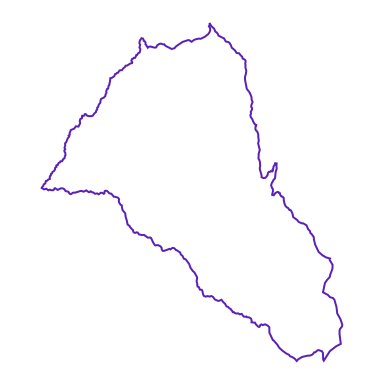 outline of Bolivar, Carchi, Ecuador
{"feature_id": "8360857B4480682421183", "entity_name": "Bolivar", "entity_type": "district", "adm_level": 2, "iso_a3": "ECU", "parent_name": "Ecuador", "parent_adm1": "Carchi", "projection": "equal_earth", "projection_center": [-77.936, 0.473], "detail": "fine", "context": "isolated", "style": "outline", "palette": "violet", "viewbox_px": 384, "rotation_deg": 0, "n_neighbors": 0, "source": "geoboundaries", "source_scale": "gbopen_adm2", "svg_char_len": 5899}
<svg xmlns="http://www.w3.org/2000/svg" viewBox="0 0 384 384"><path d="M330.0,258.5L326.3,257.5L322.6,255.4L318.7,252.0L315.2,244.7L314.0,239.9L313.7,237.0L311.8,234.3L310.4,233.0L309.9,231.0L308.2,229.3L306.6,225.4L303.2,223.3L301.7,223.3L298.6,221.9L297.4,220.2L293.2,217.1L292.5,213.6L291.0,210.5L290.2,209.9L289.5,210.0L288.0,207.9L287.0,207.5L285.5,206.0L284.5,203.6L283.8,200.5L283.7,197.9L282.5,196.6L281.4,196.5L280.2,194.8L279.9,193.2L279.0,193.0L278.5,192.1L277.4,192.0L275.6,192.8L273.7,195.3L272.1,194.8L273.0,191.1L272.7,188.6L272.0,187.9L271.1,185.3L271.9,182.8L272.9,181.4L273.2,180.4L275.0,178.4L275.7,171.7L276.7,168.7L276.5,166.2L276.6,163.4L275.2,163.2L274.5,165.2L273.5,166.6L273.2,168.7L272.5,169.6L273.0,170.2L272.9,170.7L272.1,171.5L270.8,171.1L269.8,171.9L268.9,171.9L268.0,172.9L267.6,175.0L266.0,177.3L265.1,177.9L263.3,178.0L261.6,177.2L261.5,175.0L259.9,169.6L259.8,167.5L260.2,166.0L259.9,161.9L259.2,159.7L258.5,158.7L258.7,153.6L259.8,150.0L258.1,143.3L258.8,140.8L258.2,136.3L258.3,134.5L257.3,131.7L255.8,130.1L255.4,129.2L255.5,126.7L256.1,126.1L256.2,125.1L255.6,125.2L255.3,124.4L254.6,124.0L253.0,121.2L252.4,119.3L250.6,116.8L250.4,114.9L251.0,113.8L250.8,111.8L252.1,109.2L252.0,108.0L251.3,107.2L251.2,105.9L251.6,104.3L252.5,102.4L252.5,101.6L251.7,99.9L251.4,96.8L249.8,92.8L246.8,88.9L245.0,79.7L245.0,76.7L245.8,74.3L246.3,70.9L245.4,67.3L245.5,64.8L245.2,63.9L245.6,61.8L245.4,60.3L244.7,59.6L242.6,58.5L242.1,56.6L240.6,55.3L239.1,53.3L236.6,53.0L234.9,50.3L231.7,47.6L230.8,45.0L229.3,42.7L228.3,42.0L226.2,41.7L225.4,40.9L224.1,38.5L218.5,35.6L217.7,33.7L216.5,32.3L215.3,31.6L214.2,28.8L211.1,25.8L209.6,23.0L209.7,24.7L208.9,26.4L210.1,28.0L210.2,30.5L209.3,32.6L208.1,34.2L204.8,36.8L200.7,38.8L199.1,38.6L196.0,39.2L193.9,40.0L191.6,41.8L189.0,40.1L188.1,40.1L182.6,41.9L176.1,46.3L174.5,48.2L171.7,49.0L166.4,46.3L165.0,45.4L164.3,44.3L163.1,44.4L160.9,43.6L159.4,43.9L157.1,45.4L156.6,46.7L155.9,47.5L154.2,47.6L150.4,46.5L148.6,46.9L147.9,47.6L147.7,46.9L146.8,46.5L146.3,45.1L145.5,44.4L145.5,42.4L144.5,41.1L143.7,40.8L143.6,39.9L142.9,38.5L141.5,38.2L140.0,40.3L139.4,42.4L139.5,43.5L140.2,44.8L139.4,47.6L140.3,48.7L140.2,50.5L139.5,52.7L138.4,53.0L137.0,55.0L136.3,55.0L135.9,56.4L135.0,57.9L133.9,57.8L133.1,58.7L132.0,59.0L131.4,60.8L132.3,62.2L132.1,63.0L130.2,63.6L127.0,65.6L125.6,65.7L124.7,67.2L123.3,68.3L121.9,70.2L119.9,70.3L119.0,71.1L118.1,72.7L116.9,72.9L116.3,73.7L115.2,74.0L114.2,76.3L111.2,78.2L110.3,78.2L110.0,81.6L109.4,83.6L109.4,84.9L108.6,85.7L108.1,88.6L107.0,89.1L106.2,91.4L106.5,92.7L105.6,94.1L105.4,95.9L104.0,97.5L101.1,98.9L100.6,100.1L100.3,102.8L98.8,104.6L98.2,106.9L97.2,107.6L97.2,109.5L96.2,110.5L96.0,112.0L94.0,113.8L92.9,115.6L91.6,116.1L88.3,116.1L86.9,115.5L85.7,114.1L85.1,114.0L83.8,115.9L82.2,115.7L81.9,116.7L82.1,117.4L81.9,118.3L80.3,119.0L79.7,121.1L80.1,122.5L80.0,123.5L78.5,126.6L75.9,126.3L74.2,128.6L70.7,130.1L70.3,131.7L69.6,132.7L69.8,134.7L68.7,135.6L69.2,136.2L69.1,136.7L67.8,138.2L66.1,142.4L65.1,143.3L65.2,145.5L64.5,147.8L65.2,149.4L64.4,150.3L64.4,151.0L64.6,151.8L65.3,152.8L65.5,155.2L64.9,156.1L64.5,158.2L62.8,159.5L62.6,160.6L62.1,161.2L60.5,161.3L59.9,162.4L58.8,162.8L58.2,163.7L57.7,165.1L56.5,165.3L56.2,165.9L56.4,166.9L55.1,167.9L55.0,169.4L54.2,170.8L52.5,172.0L52.0,173.4L51.0,173.9L50.8,175.5L50.2,175.8L49.7,177.0L49.9,178.9L48.4,179.5L46.8,180.9L45.9,181.0L45.3,183.4L43.7,184.4L43.3,186.0L42.5,186.6L41.7,188.0L44.1,189.4L46.3,188.7L48.3,190.3L49.9,189.6L51.1,190.2L53.3,190.2L53.8,189.8L54.6,188.3L55.1,188.2L57.7,189.9L60.9,188.3L62.9,188.4L64.3,189.2L65.6,191.1L68.5,191.8L69.2,193.3L70.4,194.1L71.0,194.1L73.0,192.7L75.3,192.6L80.5,191.0L81.8,191.0L83.5,191.7L86.3,190.4L88.7,192.1L89.7,192.1L90.4,191.3L91.0,191.5L92.2,192.3L93.1,192.4L95.1,193.8L97.2,193.4L98.7,194.3L100.8,192.8L102.0,192.8L103.8,193.8L104.4,193.4L104.5,191.7L104.8,191.0L106.1,190.7L107.4,191.2L109.3,193.3L111.3,193.7L113.8,196.7L115.2,196.8L118.2,197.8L119.1,199.3L118.8,200.9L119.0,202.3L120.6,204.8L121.8,205.4L121.9,207.2L122.6,210.2L125.2,213.2L125.6,216.7L126.7,220.2L127.6,224.5L129.6,226.0L130.0,227.0L132.2,229.5L133.0,230.0L133.3,231.7L134.1,232.6L135.1,232.9L136.9,232.3L137.8,232.7L139.0,234.4L142.3,235.1L144.0,234.9L147.9,237.7L150.3,237.5L151.1,238.1L153.1,242.4L154.8,245.1L155.4,245.4L158.1,245.1L160.6,246.5L161.6,247.8L161.7,249.3L162.6,250.8L164.0,250.9L169.5,248.9L170.4,249.4L172.1,248.1L173.2,247.9L174.5,248.4L176.1,250.2L177.2,250.4L178.2,251.3L180.0,252.3L180.9,254.5L182.6,256.0L183.8,258.7L185.7,259.3L189.2,264.1L190.4,267.6L192.8,271.0L194.5,272.5L197.2,277.5L196.6,281.3L197.4,284.3L197.2,285.4L197.6,286.6L199.0,287.3L199.8,289.6L201.7,289.8L202.2,290.3L203.1,294.3L203.8,295.9L205.6,296.6L207.6,296.1L209.8,296.6L211.2,296.0L212.9,296.8L214.9,299.5L218.2,300.9L219.1,300.8L221.5,299.8L223.3,302.2L225.0,303.7L226.5,306.4L228.1,306.9L229.2,308.2L230.8,309.1L231.4,310.2L232.3,311.0L232.7,312.1L233.8,312.1L234.5,312.9L236.1,313.5L238.3,313.4L239.6,314.3L241.7,313.9L243.6,316.5L245.3,316.8L246.4,316.5L247.0,317.2L249.4,317.5L251.1,318.7L251.7,320.9L251.5,322.3L255.1,322.7L255.8,324.3L258.4,326.8L259.4,326.9L260.4,324.9L261.5,324.4L262.8,325.1L265.1,324.3L267.7,325.6L269.3,327.2L269.4,332.7L272.8,340.0L273.5,340.3L277.5,344.9L279.2,347.7L282.0,350.3L286.1,353.4L288.9,354.7L290.1,356.3L292.1,357.0L294.9,358.8L296.7,361.0L298.3,359.2L302.0,357.0L307.4,355.7L310.2,355.5L311.8,354.9L313.2,353.7L314.1,352.4L315.3,352.2L317.6,350.3L318.8,350.1L322.0,351.3L322.9,352.8L323.2,359.7L323.8,360.7L329.8,351.2L336.1,346.3L340.8,343.9L339.5,333.8L339.6,330.3L340.0,329.0L342.0,326.5L342.3,324.8L340.4,319.1L337.2,313.3L336.5,307.1L334.4,299.7L333.0,298.1L329.9,297.1L327.9,294.9L323.0,292.3L324.9,283.1L327.0,280.0L329.7,277.1L330.2,274.7L332.4,268.9L332.6,264.9L329.8,260.2L329.6,259.1L330.0,258.5Z" fill="none" stroke="#5b21b6" stroke-width="2"/></svg>